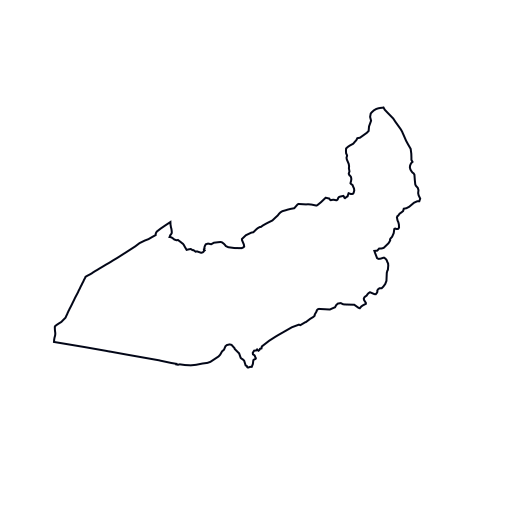 Hulu Sungai Selatan, Kalimantan Selatan, Indonesia (Albers equal-area conic projection), rotated 310°
{"feature_id": "22746128B37889128386884", "entity_name": "Hulu Sungai Selatan", "entity_type": "district", "adm_level": 2, "iso_a3": "IDN", "parent_name": "Indonesia", "parent_adm1": "Kalimantan Selatan", "projection": "albers", "projection_center": [115.26, -2.718], "detail": "fine", "context": "isolated", "style": "outline", "palette": "ink", "viewbox_px": 512, "rotation_deg": 310, "n_neighbors": 0, "source": "geoboundaries", "source_scale": "gbopen_adm2", "svg_char_len": 5943}
<svg xmlns="http://www.w3.org/2000/svg" viewBox="0 0 512 512"><g transform="rotate(310 256 256)"><path d="M428.7,315.4L429.5,313.3L431.4,311.7L434.2,309.2L437.5,305.6L439.3,300.6L440.8,296.8L443.6,291.2L444.7,288.9L445.1,288.2L446.1,285.5L446.8,282.8L448.4,276.5L449.6,272.5L449.5,273.0L450.3,265.0L450.8,260.6L451.7,258.2L451.0,257.7L449.7,256.4L447.8,254.8L445.9,253.6L443.4,252.7L440.5,252.3L438.9,252.3L435.9,254.0L433.6,257.2L427.9,259.3L424.2,261.9L421.6,261.7L413.4,259.6L411.4,257.9L409.7,258.3L409.1,258.4L406.9,258.3L404.5,258.3L401.0,256.9L399.0,256.3L397.8,256.1L396.3,255.9L394.4,257.3L392.6,259.0L391.6,261.1L390.8,261.6L389.7,262.0L388.8,262.9L388.3,263.6L386.1,267.9L384.6,269.6L382.9,270.8L380.9,273.2L379.7,273.7L378.6,274.2L377.9,275.7L378.0,275.9L377.9,276.7L377.6,277.9L377.0,278.7L376.2,279.6L375.2,280.2L374.4,280.7L373.2,281.2L372.4,281.7L372.4,281.9L372.3,282.3L372.3,282.9L372.4,284.4L371.6,285.8L370.7,287.7L369.4,289.1L367.1,290.2L365.8,290.2L364.5,288.9L363.6,286.6L360.6,287.7L360.5,287.8L359.4,287.4L358.0,287.1L357.5,287.0L357.4,286.5L357.6,286.1L358.1,284.8L358.2,284.3L355.5,282.2L354.3,281.6L353.2,281.7L352.7,281.9L352.5,282.0L351.7,282.2L350.7,282.0L350.3,281.7L349.0,279.3L348.0,278.3L346.8,277.4L346.7,276.6L346.8,276.0L346.9,275.6L347.1,275.2L345.4,271.9L339.0,271.2L334.3,270.3L333.4,269.8L331.1,265.5L329.1,262.6L327.7,261.2L323.1,255.0L322.0,254.7L317.2,254.6L314.3,252.2L311.8,250.4L310.2,249.4L307.3,247.4L305.2,246.7L303.2,246.5L301.0,246.6L298.1,246.2L293.7,245.7L289.6,243.9L287.2,242.9L285.6,242.3L283.7,241.6L282.4,241.3L281.5,241.1L280.5,240.2L280.2,240.1L278.3,239.4L276.6,239.1L272.5,238.7L270.9,237.4L265.4,234.9L260.0,234.3L259.2,235.0L257.0,239.3L255.6,240.9L254.6,240.8L252.8,240.0L248.2,234.3L244.9,229.1L244.7,228.4L244.3,226.8L244.2,226.4L244.5,225.3L244.7,223.7L244.6,221.2L244.0,219.9L243.0,218.9L239.1,215.2L238.5,215.0L236.2,214.1L234.7,211.3L232.7,210.0L231.1,210.3L229.5,210.9L228.6,211.8L227.7,211.7L227.3,212.1L227.3,212.9L227.0,212.9L227.0,213.0L226.6,212.9L226.0,213.0L225.2,213.0L224.5,212.8L223.9,212.4L223.7,212.3L223.2,211.9L221.6,207.8L220.5,207.0L220.3,204.3L219.7,203.6L219.4,201.5L218.0,200.3L216.1,198.9L217.3,195.5L218.1,193.5L218.4,192.1L218.3,191.1L218.3,189.7L218.1,185.9L217.1,185.2L216.7,184.3L216.1,182.8L216.1,180.9L215.9,179.3L215.3,178.0L215.0,177.6L215.8,177.3L217.0,176.9L217.9,177.0L219.4,176.7L220.2,176.1L221.3,175.0L222.1,174.1L222.6,173.5L223.3,172.4L224.2,171.4L225.2,170.2L225.9,169.6L227.0,168.6L221.3,166.9L215.6,165.3L210.9,164.3L209.3,164.6L208.4,165.0L207.5,165.7L207.3,165.6L203.7,164.2L199.8,162.8L196.4,160.9L191.0,158.5L185.7,157.3L173.4,153.5L173.2,153.4L165.8,151.1L164.9,150.8L162.1,149.8L160.4,149.2L158.4,148.6L155.8,147.7L153.2,146.7L148.8,145.2L145.4,144.0L143.5,143.4L141.1,142.5L138.6,141.7L137.3,141.4L135.1,140.6L133.0,139.7L130.9,138.9L130.6,138.9L130.4,138.8L129.6,139.1L128.7,139.3L127.1,139.6L125.5,140.1L124.1,140.4L123.0,140.6L122.2,140.9L121.0,141.1L119.4,141.5L117.6,142.0L115.6,142.4L114.4,142.8L112.7,143.2L110.3,143.7L107.5,144.3L105.3,144.9L102.8,145.5L100.1,146.2L98.3,146.6L97.1,146.9L95.9,147.1L95.0,147.4L93.5,147.7L92.5,148.0L91.6,148.2L90.5,148.6L89.4,148.9L88.4,149.1L87.1,149.5L86.4,149.7L85.7,149.7L84.8,149.6L82.4,149.4L80.6,149.3L79.8,149.1L78.1,148.5L75.1,147.6L73.2,147.2L72.5,147.4L72.3,147.6L72.2,147.6L71.9,147.9L71.6,148.1L71.3,148.4L70.4,149.2L69.6,150.0L68.2,151.5L67.7,152.0L66.5,152.9L65.9,153.2L66.0,153.2L63.8,154.2L62.8,154.8L62.4,155.0L60.3,156.5L68.8,170.9L76.1,183.3L86.9,202.0L88.7,205.3L88.8,205.3L97.0,219.7L113.9,249.0L114.3,249.9L119.5,259.7L122.0,264.0L122.2,264.3L121.7,264.6L122.6,266.2L124.0,267.2L126.9,271.8L127.9,273.1L130.3,276.3L134.1,280.0L138.7,283.7L139.2,284.1L142.9,287.5L145.6,289.1L153.0,291.3L155.0,291.9L157.4,292.0L161.1,291.3L163.7,291.7L167.2,290.6L169.0,290.9L170.5,292.0L171.3,292.6L172.2,294.4L171.6,298.7L171.1,299.5L170.6,304.9L170.6,305.2L170.6,305.6L168.1,309.8L168.1,310.9L168.2,311.8L168.3,312.0L168.2,314.2L165.5,318.4L165.6,318.9L165.8,319.6L165.6,320.3L165.2,320.8L165.2,321.0L165.4,321.6L165.8,321.9L167.2,322.7L168.3,324.0L171.3,323.0L173.9,321.3L174.7,320.9L175.5,321.1L176.8,321.8L177.6,321.6L178.2,320.2L178.5,319.6L178.9,319.0L178.9,318.1L178.7,316.9L179.7,315.8L180.8,315.6L182.3,315.4L183.8,316.9L185.1,316.9L184.9,318.1L185.0,318.8L186.3,319.0L187.5,318.7L188.7,319.6L190.5,318.6L199.7,320.6L206.7,322.8L209.6,323.8L224.5,329.3L231.0,333.0L231.5,334.4L236.9,336.3L237.4,336.7L242.7,337.9L246.2,339.1L247.9,339.3L249.0,338.6L252.5,338.0L253.2,337.6L254.0,337.5L254.9,337.6L255.9,338.2L262.5,347.0L264.4,347.9L266.6,349.0L267.5,349.5L270.0,349.0L272.2,349.3L274.4,351.2L275.0,353.7L275.9,355.1L281.8,362.6L282.2,367.8L282.7,369.1L285.0,369.1L286.9,369.6L290.0,370.9L290.7,370.3L291.7,367.1L292.6,366.0L293.9,365.6L295.1,365.7L296.7,366.2L298.5,366.0L299.9,366.1L301.5,366.6L302.9,371.2L303.7,372.3L305.3,372.3L306.6,372.0L307.4,371.2L308.7,370.9L310.6,371.3L312.1,373.0L314.4,373.2L317.6,373.0L320.8,371.9L327.2,367.0L329.1,366.1L330.2,365.9L333.9,363.3L334.7,362.4L335.2,362.0L335.7,360.7L336.8,358.8L337.2,356.8L337.0,355.6L337.1,355.4L336.7,354.8L334.1,353.2L332.6,351.8L332.4,351.2L332.2,350.1L334.9,345.2L336.0,343.4L338.0,345.4L339.6,345.5L340.8,345.5L342.5,347.4L344.3,348.6L347.0,348.9L350.9,349.3L352.5,349.1L354.0,348.8L354.3,348.7L354.6,348.2L355.6,347.8L358.2,347.9L362.0,346.8L363.8,345.7L365.5,344.6L366.4,344.9L366.4,345.0L367.2,346.6L368.3,347.5L369.7,347.3L371.9,345.3L373.4,343.3L373.7,342.5L374.4,341.3L376.2,339.1L377.6,338.7L378.2,339.0L380.7,338.8L383.0,339.4L385.0,339.8L387.2,338.8L389.3,340.5L392.2,341.7L398.4,342.8L401.5,344.3L402.9,345.9L405.5,344.9L407.0,341.6L408.4,339.8L410.9,338.1L412.2,336.1L412.6,333.2L413.3,331.9L416.2,328.9L420.1,325.1L420.6,323.7L420.5,322.2L420.8,320.8L421.5,318.7L422.7,317.0L424.1,316.0L425.5,315.5L427.1,315.2L428.7,315.4Z" fill="none" stroke="#020617" stroke-width="2"/></g></svg>